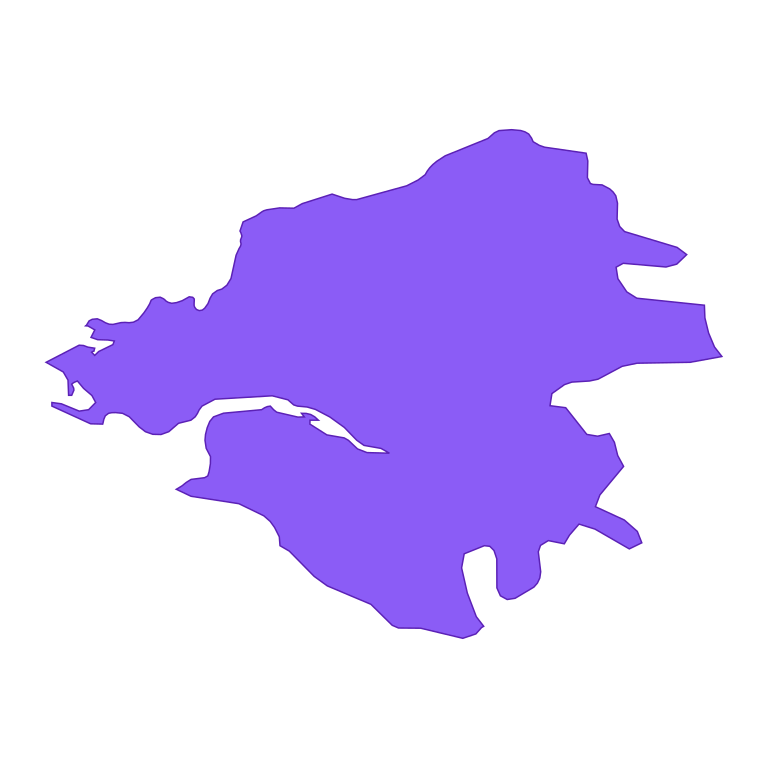 an SVG outline of Loire-Atlantique
{"feature_id": "FRA-5316", "entity_name": "Loire-Atlantique", "entity_type": "Metropolitan department", "adm_level": 1, "iso_a3": "FRA", "parent_name": "France", "parent_adm1": "", "projection": "natural_earth1", "projection_center": [-1.707, 47.343], "detail": "fine", "context": "isolated", "style": "filled", "palette": "violet", "viewbox_px": 768, "rotation_deg": 0, "n_neighbors": 0, "source": "natural_earth", "source_scale": "10m", "svg_char_len": 4569}
<svg xmlns="http://www.w3.org/2000/svg" viewBox="0 0 768 768"><path d="M280.0,545.7L279.3,536.8L274.6,527.5L270.2,521.4L263.8,515.8L238.9,503.7L191.1,496.3L176.3,489.3L181.8,486.0L186.3,482.4L191.1,479.4L204.6,477.7L207.8,475.9L209.1,471.6L210.4,463.7L210.5,456.6L206.2,448.3L205.0,440.3L205.5,434.5L207.2,427.7L209.8,421.4L213.5,416.9L223.5,413.2L261.6,409.7L264.5,407.8L267.3,406.6L270.3,406.1L273.6,409.7L276.7,412.2L297.9,417.1L304.3,416.9L301.5,413.3L306.2,413.4L310.7,414.5L314.7,416.8L318.4,420.2L310.0,420.2L309.9,424.1L326.9,434.9L344.2,437.9L348.4,440.3L357.5,448.9L367.0,452.6L389.4,453.2L381.0,448.4L364.0,445.4L356.8,440.3L344.3,427.4L329.7,416.9L315.4,409.4L307.1,407.0L297.4,406.1L293.7,404.9L287.9,399.8L272.2,395.8L215.0,399.2L202.0,406.1L199.1,410.0L197.4,413.5L195.2,416.8L190.9,420.2L178.5,423.3L168.8,431.7L161.0,434.5L152.8,434.3L145.4,431.7L139.2,426.9L129.2,416.7L122.5,413.3L115.6,412.6L111.7,412.7L108.6,413.3L105.3,415.8L103.8,419.4L103.1,422.6L102.7,424.1L90.6,423.8L51.9,406.1L51.9,402.5L61.4,403.8L79.2,411.1L88.6,409.7L95.7,402.5L91.9,395.5L83.6,388.4L77.4,381.0L74.3,382.3L73.0,383.1L71.7,384.2L73.7,388.1L73.9,390.2L71.7,395.3L68.6,395.3L68.0,380.1L63.3,372.0L46.1,362.3L79.1,345.2L83.5,345.5L87.8,347.1L94.7,348.2L93.9,351.2L93.4,351.2L91.6,352.2L94.7,355.4L98.7,351.5L112.9,344.6L114.3,341.0L107.9,340.0L97.7,339.7L91.0,337.4L94.8,329.9L88.0,326.0L85.6,325.8L85.7,325.7L86.3,325.5L89.1,320.9L92.2,319.3L97.3,318.8L101.5,320.5L105.5,322.8L109.2,324.2L113.0,324.4L121.0,322.6L125.1,322.4L129.1,322.7L133.4,322.2L138.1,319.8L144.0,312.7L147.3,307.9L149.7,303.8L151.0,300.6L151.4,300.0L152.7,299.2L155.5,297.7L160.2,297.2L163.0,298.5L164.7,299.6L165.4,300.5L166.3,301.2L168.1,302.3L171.7,303.3L176.6,302.6L182.2,300.7L189.2,296.8L192.7,297.3L194.1,298.7L194.3,299.9L194.1,303.1L194.1,305.5L194.7,307.3L196.5,309.5L199.2,310.6L202.3,310.1L204.7,308.2L208.0,303.6L210.1,298.2L212.6,293.9L217.3,290.5L221.8,289.1L226.9,285.2L231.0,278.5L236.1,255.2L239.0,248.7L240.5,246.2L241.1,244.0L240.5,241.6L240.6,239.7L241.5,237.5L241.9,235.9L240.9,232.8L240.0,231.0L243.1,221.9L256.1,215.9L262.2,211.6L263.9,210.7L266.9,209.8L279.6,207.9L293.9,208.2L302.3,203.6L332.1,194.1L344.7,198.3L352.5,199.6L356.7,199.6L406.7,185.8L418.1,180.0L425.2,174.7L427.2,171.2L429.8,167.7L432.9,164.5L436.6,161.4L445.2,155.8L487.9,138.5L494.4,132.8L499.0,130.6L511.6,129.7L520.6,130.5L524.9,131.8L528.7,134.0L531.6,138.2L533.1,141.7L539.2,145.3L544.6,147.2L586.1,153.2L587.8,161.0L587.4,177.7L590.4,183.5L593.0,184.4L602.1,184.9L609.7,188.9L613.1,192.0L615.8,195.8L617.5,203.2L617.1,219.1L619.7,226.5L624.6,231.6L677.1,247.4L686.7,254.6L676.8,264.1L666.0,267.0L623.2,263.3L616.1,267.2L617.9,278.7L626.8,291.9L636.8,298.2L704.4,305.2L704.9,317.9L708.6,333.0L714.5,347.0L721.9,356.5L721.6,356.6L721.3,356.6L721.0,356.7L720.7,356.8L720.2,356.8L719.7,356.9L719.2,357.0L718.6,357.1L718.0,357.2L717.3,357.4L716.6,357.5L715.8,357.6L715.0,357.8L714.2,357.9L713.4,358.1L712.5,358.2L711.6,358.4L710.7,358.6L709.8,358.7L708.8,358.9L707.9,359.1L706.9,359.3L706.0,359.4L705.0,359.6L704.1,359.8L703.1,360.0L702.2,360.1L701.2,360.3L700.3,360.5L699.4,360.6L698.6,360.8L697.7,360.9L696.9,361.1L696.1,361.2L695.4,361.4L694.6,361.5L694.0,361.6L693.3,361.7L692.7,361.8L692.2,361.9L691.7,362.0L691.3,362.1L690.9,362.2L690.6,362.2L690.3,362.3L690.2,362.3L637.1,363.2L622.2,366.3L598.0,379.2L589.5,381.0L571.9,382.1L564.5,384.6L564.4,384.7L564.2,384.8L564.0,385.0L563.8,385.1L563.6,385.2L563.4,385.4L563.2,385.6L562.9,385.7L562.6,385.9L562.4,386.1L562.1,386.4L561.8,386.6L561.4,386.8L561.1,387.0L560.8,387.3L560.4,387.5L560.0,387.8L559.7,388.1L559.3,388.3L558.9,388.6L558.6,388.9L558.2,389.1L557.8,389.4L557.4,389.7L557.0,389.9L556.7,390.2L556.3,390.5L555.9,390.7L555.6,391.0L555.3,391.2L554.9,391.5L554.6,391.7L554.3,391.9L554.0,392.1L553.7,392.3L553.4,392.5L553.2,392.7L552.9,392.9L552.7,393.0L552.4,393.3L552.2,393.4L552.1,393.5L551.9,393.6L550.0,405.7L565.7,407.7L586.8,434.4L597.6,436.2L609.3,433.5L614.4,442.3L617.7,455.5L623.6,466.4L599.9,494.9L595.4,506.7L624.3,520.0L637.3,531.4L641.8,542.8L629.3,548.9L595.0,529.1L579.0,524.1L569.5,535.1L564.3,543.8L548.3,540.6L540.5,545.4L538.3,551.8L540.7,571.8L539.8,578.0L537.4,583.1L533.9,587.1L515.1,598.3L507.2,599.5L500.4,595.8L496.9,587.9L496.8,558.9L494.0,550.5L489.8,546.3L484.3,545.7L464.2,553.8L461.6,567.9L467.3,593.0L476.3,616.7L483.7,626.3L481.5,627.6L475.9,633.9L462.8,638.3L420.6,628.2L398.5,628.0L392.2,625.3L370.9,604.3L327.3,585.9L314.2,576.4L289.3,551.1L280.0,545.7Z" fill="#8b5cf6" stroke="#5b21b6" stroke-width="1.5"/></svg>